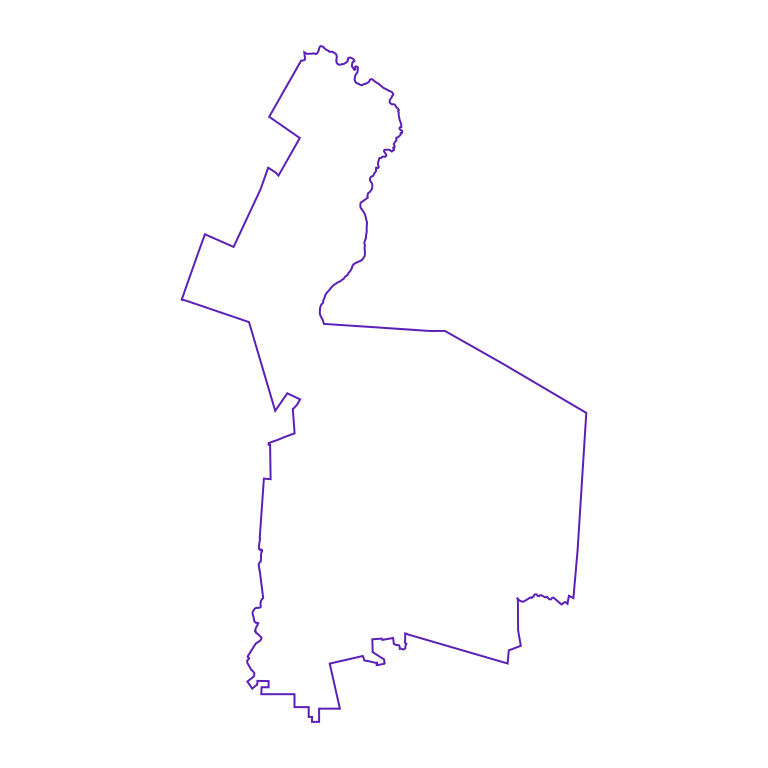 the district of Parás, Nuevo León, Mexico
{"feature_id": "50627088B3077567338706", "entity_name": "Parás", "entity_type": "district", "adm_level": 2, "iso_a3": "MEX", "parent_name": "Mexico", "parent_adm1": "Nuevo León", "projection": "natural_earth1", "projection_center": [-99.62, 26.621], "detail": "fine", "context": "isolated", "style": "outline", "palette": "violet", "viewbox_px": 768, "rotation_deg": 0, "n_neighbors": 0, "source": "geoboundaries", "source_scale": "gbopen_adm2", "svg_char_len": 5997}
<svg xmlns="http://www.w3.org/2000/svg" viewBox="0 0 768 768"><path d="M567.5,603.8L568.9,595.8L573.4,598.1L577.6,550.2L586.3,412.9L502.1,363.3L444.8,330.9L429.9,331.0L324.0,323.9L323.2,321.5L322.8,320.1L320.6,316.0L320.1,314.7L319.8,312.6L320.0,308.8L320.2,307.3L321.3,304.5L323.0,302.9L323.2,302.3L323.1,301.2L323.2,300.6L324.0,299.0L325.5,294.8L326.0,294.1L326.9,292.6L328.6,290.8L332.1,286.5L333.7,285.0L335.9,283.7L336.9,282.8L340.5,281.1L342.1,279.8L343.4,279.0L344.1,278.3L345.0,276.8L347.4,275.2L348.2,273.4L350.6,270.5L351.4,269.2L352.3,266.4L353.4,264.4L356.6,262.5L361.5,260.3L362.0,259.9L363.8,257.5L364.5,256.3L365.0,254.1L364.6,247.9L364.6,246.7L365.0,245.7L364.8,244.9L364.5,244.2L364.4,242.8L364.9,240.7L366.0,238.0L366.0,235.6L366.7,231.7L366.7,226.9L367.0,222.7L366.9,221.8L366.2,219.7L365.7,217.0L364.7,213.9L363.4,211.5L360.6,207.8L360.3,204.8L360.6,203.1L361.2,202.2L362.2,201.6L363.0,201.3L364.2,200.2L366.9,198.3L367.7,197.6L367.8,197.2L367.4,196.6L367.4,196.2L368.1,193.2L369.6,192.1L371.7,189.5L372.0,188.8L372.4,185.6L372.3,184.8L372.1,183.8L371.8,183.2L370.1,180.5L370.0,179.4L370.1,178.4L370.3,177.8L370.9,176.9L373.0,175.9L373.4,175.4L374.5,173.0L375.7,171.7L376.0,170.7L376.0,168.1L376.1,167.7L376.5,167.6L376.8,168.0L377.2,168.1L378.3,167.9L378.5,167.7L378.7,166.8L378.0,164.1L378.0,163.0L378.1,162.3L378.8,160.4L379.3,158.2L379.6,158.0L381.0,158.0L381.5,157.6L382.1,156.9L382.6,156.7L385.4,156.7L386.1,156.1L386.3,155.2L386.1,154.4L384.2,151.7L384.0,150.9L384.2,150.2L384.7,149.8L386.1,149.9L387.3,149.6L388.1,149.6L390.0,150.2L391.4,151.4L391.9,151.5L392.4,151.2L392.9,150.4L393.9,150.1L394.1,149.7L394.1,149.3L393.2,147.9L393.2,147.6L393.4,147.5L394.3,147.5L394.6,147.0L394.6,146.0L394.4,145.4L393.9,144.8L393.8,144.1L394.6,142.5L395.7,141.3L396.4,140.3L396.4,139.3L396.2,138.5L396.3,137.8L398.0,137.2L399.9,135.5L400.5,134.7L400.8,134.0L400.6,133.0L400.9,132.8L401.7,133.0L402.0,132.9L402.2,132.4L402.3,131.8L402.0,130.7L400.0,129.6L399.6,129.1L399.6,128.4L399.7,127.6L400.0,127.4L401.2,127.2L401.4,126.5L401.0,123.5L399.7,120.1L398.7,115.2L398.7,112.4L398.1,111.5L398.3,110.9L398.9,110.3L398.7,109.8L398.2,108.9L396.5,107.5L395.3,105.3L394.6,104.5L393.7,104.3L391.7,104.2L390.1,103.0L389.7,102.0L389.6,100.7L389.8,100.0L391.8,97.1L392.2,95.8L392.9,95.3L393.2,94.8L393.3,94.3L392.9,93.5L392.1,92.3L391.2,91.7L389.1,90.9L386.7,89.5L383.1,87.7L379.0,84.1L375.6,82.1L372.8,79.7L371.9,79.2L371.3,79.1L370.2,79.5L369.9,79.8L369.6,80.7L369.1,81.5L367.7,82.8L365.4,83.8L363.2,84.3L362.5,85.1L362.1,85.3L360.4,84.9L359.2,84.1L358.5,84.0L357.0,83.0L355.9,82.7L354.8,80.5L354.6,78.8L355.1,76.9L355.2,75.8L355.7,74.6L357.0,73.1L357.3,72.5L357.6,71.3L357.9,67.7L357.6,67.0L357.2,66.7L356.2,66.5L355.5,66.6L355.1,66.9L355.0,67.5L355.3,69.3L354.9,69.6L354.4,69.8L353.8,69.4L353.2,68.0L352.1,66.7L351.9,66.2L351.9,65.6L352.0,64.9L352.4,63.6L352.3,62.8L352.4,62.4L352.6,62.1L354.4,61.2L354.5,61.0L354.2,60.3L353.1,58.9L350.5,57.6L349.6,57.6L348.5,57.9L348.1,58.3L348.2,59.3L347.6,60.0L347.8,60.6L347.6,61.2L346.2,62.5L343.7,64.0L341.5,64.2L340.8,64.6L339.8,64.7L338.8,64.6L337.8,64.1L337.2,63.5L336.5,62.0L336.3,60.6L336.8,56.6L336.4,54.9L335.8,53.9L334.2,52.8L332.4,51.8L329.3,51.8L328.7,51.0L325.5,49.3L324.1,48.0L323.7,47.2L321.4,46.1L320.4,46.2L319.6,47.2L318.9,49.0L318.7,50.3L318.3,51.4L316.9,53.6L316.5,53.9L315.6,54.0L313.6,53.3L312.1,53.7L306.9,53.8L304.3,52.3L305.1,59.3L303.8,60.3L301.1,60.7L269.2,116.8L299.8,138.0L278.5,175.6L275.6,172.5L268.2,167.7L260.5,189.4L233.6,246.9L204.9,234.3L197.5,254.8L184.7,291.0L183.7,294.2L181.7,299.4L181.8,299.7L182.3,300.1L183.6,299.9L184.5,300.3L185.1,300.4L190.0,302.0L249.0,322.1L275.2,410.8L287.3,393.3L300.1,399.4L297.5,404.0L294.7,407.4L292.8,408.9L294.6,433.3L284.6,437.0L277.7,439.9L268.7,443.0L268.6,444.7L270.1,444.8L270.6,479.2L263.9,478.6L259.7,538.3L260.2,538.5L259.2,543.6L258.9,548.8L260.2,550.1L260.6,549.5L261.8,549.9L262.1,550.2L262.0,551.5L261.1,553.6L260.9,560.3L260.8,561.4L260.2,561.7L258.7,564.2L259.3,569.1L259.3,569.6L259.6,569.7L263.2,598.0L261.9,599.4L261.2,600.4L260.8,601.5L260.6,602.5L260.5,603.8L260.8,606.3L260.4,607.4L259.8,607.6L258.0,607.9L256.3,607.8L255.3,608.3L254.6,608.9L252.9,611.6L252.6,612.6L252.5,613.5L253.3,616.2L254.5,621.6L255.9,622.8L256.3,622.9L256.9,622.7L257.9,622.9L258.3,623.4L255.9,627.8L255.3,630.0L255.1,630.3L255.5,631.0L255.2,631.3L255.6,631.6L255.9,632.1L255.7,632.2L256.0,632.7L256.4,633.2L257.5,633.8L261.5,637.5L261.4,638.4L260.3,640.6L255.7,643.6L247.7,656.4L247.8,657.1L249.1,658.1L249.2,658.5L247.2,660.7L247.2,662.3L247.6,663.3L251.4,670.1L252.3,670.6L253.7,672.2L254.3,673.1L254.3,673.7L254.1,676.1L247.4,681.6L252.2,688.6L256.3,685.2L257.0,684.9L257.1,683.9L257.4,683.4L257.4,680.9L268.6,681.1L268.6,687.3L261.6,687.2L261.3,694.2L294.4,694.2L294.5,694.4L294.5,707.1L308.7,707.1L308.7,716.9L312.1,717.0L312.0,721.9L319.1,721.9L319.1,708.7L339.9,708.7L329.7,663.6L362.8,656.0L363.0,656.1L364.4,660.5L368.2,661.1L375.5,662.8L377.0,662.7L376.7,665.2L384.3,663.8L384.7,663.0L384.3,662.5L384.2,659.5L372.7,652.1L372.3,639.3L381.7,638.6L382.3,639.9L393.1,638.0L393.9,644.0L396.8,645.2L397.7,645.0L398.8,645.2L399.4,646.0L399.7,647.0L399.6,647.5L399.8,648.9L401.1,648.6L401.6,648.7L402.6,649.4L403.3,649.5L404.5,649.0L405.2,648.3L405.6,645.4L406.4,644.0L406.3,643.7L405.4,643.3L404.9,642.5L405.2,639.4L405.2,633.4L407.2,634.0L407.8,634.4L507.6,663.5L508.8,650.4L520.8,645.8L518.1,630.3L517.9,600.2L517.6,598.9L517.4,598.4L517.5,598.3L518.8,599.9L520.8,601.2L521.9,601.5L523.5,601.7L530.0,597.7L530.5,597.5L531.6,598.0L531.8,597.9L532.2,597.1L533.7,596.4L533.8,595.4L534.3,594.9L535.1,594.4L536.1,594.3L536.8,594.5L537.0,594.8L537.6,595.9L537.8,595.9L539.4,596.0L539.8,595.5L540.8,595.1L541.3,595.2L544.8,597.2L545.1,597.3L546.4,596.9L547.2,597.0L549.0,599.0L549.9,599.4L551.1,599.3L552.1,597.9L553.1,597.6L553.5,597.6L560.9,604.0L561.9,604.4L563.8,602.7L564.4,602.3L565.3,602.1L566.3,602.6L566.9,603.5L567.5,603.8Z" fill="none" stroke="#5b21b6" stroke-width="2"/></svg>